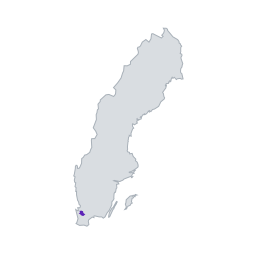 Klippan, Skåne, Sweden (highlighted), rotated 13°
{"feature_id": "70781695B13105561347564", "entity_name": "Klippan", "entity_type": "district", "adm_level": 2, "iso_a3": "SWE", "parent_name": "Sweden", "parent_adm1": "Skåne", "projection": "orthographic", "projection_center": [13.278, 56.144], "detail": "fine", "context": "in_parent", "style": "filled", "palette": "violet", "viewbox_px": 256, "rotation_deg": 13, "n_neighbors": 0, "source": "geoboundaries", "source_scale": "gbopen_adm2", "svg_char_len": 4232}
<svg xmlns="http://www.w3.org/2000/svg" viewBox="0 0 256 256"><g transform="rotate(13 128 128)"><path d="M87.3,176.7L87.9,178.7L89.3,178.4L89.9,177.0L90.7,172.9L89.8,168.2L91.1,166.6L91.9,164.1L93.7,163.3L96.2,160.4L96.5,157.3L97.1,155.1L95.1,148.3L95.0,146.6L98.0,145.8L99.4,141.3L97.3,138.4L94.1,135.6L95.3,126.9L94.0,122.2L94.3,120.2L94.1,117.2L94.9,116.0L93.4,111.5L95.0,108.4L94.7,106.9L99.0,100.7L101.8,99.6L106.9,100.5L108.1,98.1L108.1,96.7L107.6,93.6L104.8,91.9L107.8,86.3L110.0,80.8L110.4,75.6L110.9,73.3L110.2,68.2L113.3,67.6L116.0,65.4L115.5,62.6L121.1,53.9L121.2,52.3L120.7,50.9L119.2,48.3L119.5,47.1L121.0,46.3L121.7,45.1L122.6,41.1L125.5,37.8L129.1,39.6L130.3,36.0L129.8,31.1L131.0,30.5L140.3,32.8L141.6,30.8L140.0,30.0L141.2,27.9L141.5,26.6L141.5,25.2L141.4,24.4L140.0,22.8L142.7,22.2L144.3,22.9L144.6,24.0L151.3,29.1L156.5,30.7L158.1,32.1L158.9,33.9L159.7,33.9L160.8,35.4L161.9,36.2L161.3,37.5L161.8,40.2L162.2,41.4L162.1,43.7L163.8,44.0L164.3,45.4L163.7,47.0L164.1,48.5L166.9,53.0L166.7,54.6L166.8,56.6L166.1,58.2L166.2,59.7L166.6,61.6L167.1,62.4L168.2,62.9L170.6,67.8L169.0,68.4L167.7,67.9L164.9,69.0L164.2,69.9L161.7,68.2L160.6,69.5L159.6,68.6L159.1,70.4L159.2,72.7L158.2,72.6L158.7,73.4L157.3,73.9L157.2,74.3L157.6,74.8L157.2,75.6L155.3,76.1L155.1,76.9L155.8,77.7L155.9,78.3L154.5,77.6L155.6,79.1L155.9,80.3L153.7,85.5L154.8,86.6L155.9,89.3L156.9,90.4L156.7,91.7L154.1,95.1L153.0,100.0L149.6,103.5L147.7,104.5L146.6,106.9L145.0,106.3L145.1,107.6L144.1,106.9L143.4,108.9L142.2,110.7L140.7,110.5L140.5,110.9L141.0,111.3L139.3,111.9L138.9,113.7L137.7,114.2L137.5,114.8L138.8,114.8L138.7,116.3L137.2,117.1L136.7,118.0L136.1,118.1L136.2,117.4L135.2,117.5L134.8,116.7L134.6,116.9L135.4,119.2L135.0,120.1L136.0,121.0L133.4,123.5L131.7,122.7L131.5,123.4L132.0,125.3L133.6,126.8L132.7,127.9L132.1,132.5L132.9,135.3L130.9,134.8L131.1,135.8L130.6,137.1L130.9,138.9L130.8,140.0L131.3,141.1L131.1,141.6L131.7,146.6L132.4,148.7L132.3,150.4L133.1,151.3L134.9,151.4L135.5,152.8L137.7,151.8L139.4,154.5L142.6,156.6L142.6,158.2L144.6,159.2L145.9,161.2L146.5,162.9L146.4,164.0L143.6,167.2L141.4,169.3L139.1,170.7L139.2,171.1L140.4,171.2L143.3,169.6L144.2,170.8L142.7,171.5L142.5,173.2L141.9,174.3L135.6,178.6L134.8,179.9L132.0,182.0L126.6,182.1L125.9,182.6L130.5,183.1L131.7,184.5L129.5,185.5L130.6,188.8L130.1,189.7L130.3,193.4L129.5,193.6L129.2,195.1L129.8,198.9L130.2,199.9L130.1,201.0L128.9,203.6L129.5,206.6L128.3,212.2L126.7,215.5L125.6,219.8L124.2,221.4L122.4,220.5L119.9,221.1L115.2,221.1L114.6,221.5L115.0,223.0L113.3,222.8L110.4,226.2L110.3,227.8L111.6,230.9L110.1,232.9L106.9,232.5L102.7,233.8L98.9,232.8L99.4,231.7L99.7,227.6L95.4,219.2L97.4,220.0L98.2,219.6L97.0,216.9L98.7,216.7L99.3,215.7L99.0,214.2L97.6,213.5L96.4,211.0L95.1,209.7L92.9,204.7L92.1,201.3L91.4,201.6L90.8,197.7L89.6,197.1L89.4,193.1L88.2,192.7L87.4,190.8L87.4,187.4L85.9,186.9L86.1,185.3L85.8,179.3L85.4,177.4L85.8,176.0L86.6,175.9L87.3,176.7ZM149.8,193.4L149.2,193.8L148.9,194.9L147.8,195.6L147.9,199.0L149.0,200.2L148.0,200.9L147.5,202.8L145.7,204.1L145.0,205.3L144.8,207.1L143.2,208.1L144.2,205.5L142.5,202.7L142.8,201.6L142.4,198.3L145.4,193.8L146.9,193.2L147.6,193.6L147.8,192.6L148.3,192.3L149.8,193.4ZM130.1,218.6L129.3,219.3L129.0,218.3L128.9,214.3L130.5,209.5L131.3,209.1L133.2,202.5L133.5,202.1L134.2,202.5L133.7,203.1L133.8,204.2L132.6,207.7L132.3,210.0L131.8,210.5L130.1,218.6ZM150.3,192.0L150.3,193.0L149.4,192.3L150.1,191.1L151.7,191.3L150.3,192.0ZM144.6,167.6L143.7,169.1L143.5,168.5L143.6,167.8L144.6,167.6ZM143.0,175.5L142.5,175.6L142.8,174.6L143.5,174.3L143.0,175.5Z" fill="#d9dde1" stroke="#a8b0b8" stroke-width="1"/><path d="M100.2,220.4L100.5,220.5L100.7,220.8L100.9,221.0L101.1,221.1L101.2,221.4L101.0,221.6L101.0,221.8L100.9,221.9L101.1,221.9L101.3,222.1L101.6,222.3L101.7,222.5L101.9,222.8L102.1,222.9L102.8,222.9L103.0,223.0L103.5,223.1L103.9,223.0L103.9,222.9L104.1,222.7L104.2,222.4L104.4,222.4L104.6,222.1L104.1,222.0L103.8,221.9L103.6,221.7L103.4,221.4L102.8,221.3L102.7,221.2L102.7,220.7L102.6,220.4L102.5,220.1L102.4,219.9L102.2,219.9L102.1,220.1L101.8,220.2L101.7,220.1L101.4,219.9L101.2,219.8L101.0,220.0L100.7,220.1L100.3,220.1L100.3,220.4L100.2,220.4Z" fill="#8b5cf6" stroke="#5b21b6" stroke-width="1.5"/></g></svg>